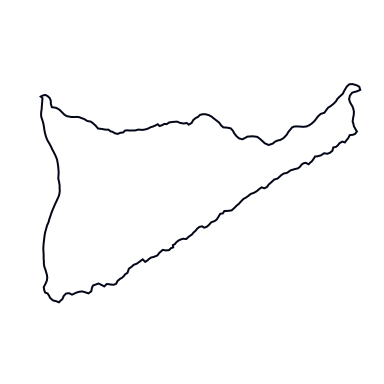 the district of Icaraí de Minas, Minas Gerais, Brazil, rotated 5°
{"feature_id": "56859067B22944648625044", "entity_name": "Icaraí de Minas", "entity_type": "district", "adm_level": 2, "iso_a3": "BRA", "parent_name": "Brazil", "parent_adm1": "Minas Gerais", "projection": "orthographic", "projection_center": [-44.889, -16.228], "detail": "fine", "context": "isolated", "style": "outline", "palette": "ink", "viewbox_px": 384, "rotation_deg": 5, "n_neighbors": 0, "source": "geoboundaries", "source_scale": "gbopen_adm2", "svg_char_len": 4132}
<svg xmlns="http://www.w3.org/2000/svg" viewBox="0 0 384 384"><g transform="rotate(5 192 192)"><path d="M305.8,154.2L307.2,152.4L308.8,150.9L310.4,148.1L311.5,145.9L313.6,145.6L317.2,144.3L320.2,141.9L323.5,142.1L326.0,140.9L328.3,138.6L328.9,135.3L331.3,134.6L333.1,133.0L334.6,130.6L337.3,128.7L340.0,129.3L341.4,126.9L342.9,124.8L344.2,121.6L347.2,121.0L349.3,120.0L351.0,117.4L349.3,115.0L347.6,112.5L346.8,109.9L345.9,107.9L346.0,104.6L346.4,101.2L346.3,97.8L345.5,95.3L344.4,92.8L342.8,90.6L341.5,88.6L340.4,85.8L340.9,82.2L342.8,79.2L344.8,78.3L347.4,77.4L350.7,75.6L349.5,72.6L347.3,71.5L345.1,71.0L342.5,70.5L339.5,70.9L337.1,73.3L335.0,77.6L333.6,81.1L331.9,82.9L330.4,84.5L328.5,86.9L327.6,89.0L325.4,91.7L322.7,94.3L320.3,96.1L318.7,98.5L317.0,101.5L313.4,103.0L311.0,105.6L309.4,108.1L308.0,110.4L305.5,113.2L303.1,115.2L300.2,116.8L296.9,117.4L294.2,117.4L290.9,117.5L288.0,117.9L286.0,119.0L284.5,121.3L282.9,123.5L281.4,126.6L279.9,128.6L278.3,130.5L275.3,132.5L272.7,133.3L270.5,134.5L268.1,136.8L264.3,138.5L260.2,137.1L257.4,134.9L254.7,132.9L252.2,131.4L248.3,131.2L246.1,131.4L242.4,132.0L239.9,133.7L237.6,135.1L234.3,134.5L231.3,132.4L229.1,130.0L227.2,127.2L225.0,125.2L221.1,124.8L217.7,124.9L215.5,123.4L213.0,120.5L209.9,118.5L206.8,116.5L204.8,115.1L202.1,114.0L199.1,113.4L196.2,113.5L193.2,114.5L191.6,116.5L189.1,118.1L187.0,120.2L185.6,123.2L182.9,125.2L180.7,123.7L177.9,124.5L174.1,124.2L171.0,123.2L167.2,123.8L163.4,124.6L160.8,126.6L158.5,126.6L156.3,128.1L153.9,129.1L152.0,127.5L149.6,129.0L147.6,130.1L145.1,131.1L142.4,132.8L140.2,133.7L137.0,134.5L133.0,134.5L130.2,135.6L127.2,135.9L124.4,136.2L122.1,136.2L120.0,136.6L118.2,138.7L115.6,139.2L112.9,140.6L110.0,140.2L107.7,139.0L105.4,138.6L103.4,137.2L100.3,137.4L97.0,137.1L92.8,136.9L90.3,134.4L87.3,132.1L85.0,130.7L81.5,130.4L78.2,128.7L75.5,128.0L73.3,127.3L71.0,127.2L67.9,127.6L65.0,127.8L60.5,127.3L58.3,126.2L55.7,124.0L52.7,121.5L49.3,120.0L45.0,119.7L43.7,116.5L43.4,113.4L42.0,110.8L40.0,109.2L37.7,108.1L35.3,108.7L33.0,110.1L34.9,111.6L34.9,113.9L34.9,118.1L35.0,122.6L34.8,125.6L34.9,128.1L35.3,130.4L36.3,132.6L37.7,136.0L38.6,139.1L39.3,142.2L40.3,145.8L41.3,148.5L42.3,150.9L43.8,153.6L45.8,156.3L47.9,159.6L49.1,161.8L50.6,164.0L52.3,166.8L53.8,169.5L54.8,171.7L55.7,175.0L56.5,178.4L57.1,181.8L57.5,184.5L57.6,190.2L58.6,193.2L59.5,196.8L59.8,200.0L60.2,202.6L60.0,205.9L59.5,208.2L58.5,210.9L57.4,214.1L56.5,216.4L55.8,218.7L54.9,221.3L53.8,225.0L53.0,228.5L52.2,231.6L51.7,234.6L50.6,237.8L49.9,241.3L49.4,244.1L49.0,246.8L48.9,249.4L48.8,252.1L48.7,255.4L48.7,258.9L48.8,261.5L49.3,264.8L49.8,268.5L50.0,271.4L50.5,274.0L50.7,276.6L51.4,279.3L52.6,281.8L53.6,284.4L54.6,287.0L55.3,290.0L55.1,293.1L54.0,296.3L52.6,299.7L53.5,303.1L54.6,305.1L56.9,305.6L58.6,307.7L59.9,309.9L62.9,312.1L66.5,312.7L69.0,313.5L70.5,311.7L72.2,310.0L73.3,306.7L75.3,304.2L78.2,303.5L81.4,304.7L83.4,303.6L85.6,302.3L88.1,301.3L91.2,300.6L94.4,301.2L97.7,302.0L100.3,299.7L100.7,296.2L101.5,293.8L103.7,292.8L106.8,291.3L110.3,292.6L112.8,293.7L115.1,291.1L117.4,291.1L119.9,291.3L122.2,291.2L124.4,290.1L125.6,287.1L127.9,284.8L129.8,283.5L131.3,281.9L132.5,279.9L134.8,278.1L135.8,273.9L138.1,272.0L140.3,269.6L143.1,268.3L146.2,265.7L148.7,263.4L151.5,265.7L153.4,264.2L155.0,262.5L156.8,260.9L159.6,260.0L163.1,258.2L164.8,255.4L166.4,253.8L167.9,252.2L170.8,252.5L174.2,251.9L175.8,249.9L178.1,248.8L177.6,246.6L179.5,245.4L180.7,243.5L182.7,241.6L185.0,240.2L187.5,239.3L190.3,239.4L192.9,236.6L195.6,234.4L197.0,232.3L198.8,230.4L200.5,227.9L202.5,226.1L205.1,225.3L207.2,226.5L209.8,225.3L211.7,223.3L213.8,220.5L217.0,219.0L219.0,217.3L220.4,214.6L222.0,211.3L224.6,210.6L225.9,208.1L228.8,207.8L233.0,206.9L235.5,204.3L237.7,201.6L239.8,199.6L241.6,197.2L243.8,194.5L246.3,192.8L248.3,191.1L250.7,188.8L254.0,187.3L256.7,185.3L258.8,183.1L260.9,181.3L263.7,182.0L266.2,180.6L267.8,177.8L270.6,174.9L273.0,172.3L276.0,171.2L277.5,169.6L279.4,167.5L281.6,165.7L285.0,164.6L288.4,161.8L292.2,160.3L295.5,159.2L297.5,157.3L298.7,155.2L300.6,153.7L302.6,153.0L305.8,154.2Z" fill="none" stroke="#020617" stroke-width="2"/></g></svg>